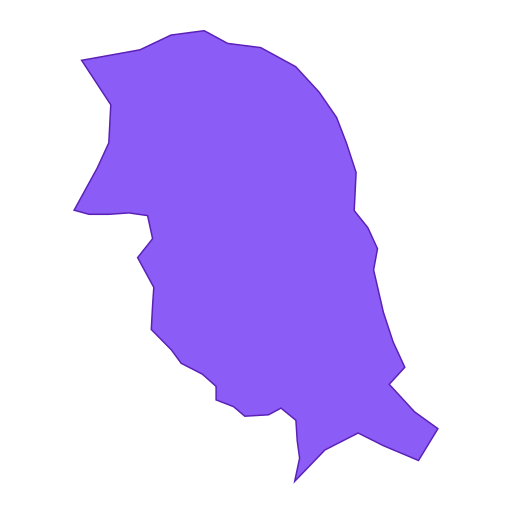 the district of Agia Marina Skyllouras, Cyprus
{"feature_id": "46923920B60275250769381", "entity_name": "Agia Marina Skyllouras", "entity_type": "district", "adm_level": 2, "iso_a3": "CYP", "parent_name": "Cyprus", "parent_adm1": "", "projection": "equal_earth", "projection_center": [33.126, 35.224], "detail": "fine", "context": "isolated", "style": "filled", "palette": "violet", "viewbox_px": 512, "rotation_deg": 0, "n_neighbors": 0, "source": "geoboundaries", "source_scale": "gbopen_adm2", "svg_char_len": 756}
<svg xmlns="http://www.w3.org/2000/svg" viewBox="0 0 512 512"><path d="M137.6,257.6L153.8,287.4L152.6,305.1L151.3,329.5L171.3,349.8L181.2,363.3L202.4,374.2L216.1,386.4L216.1,399.9L233.6,406.7L244.8,416.2L268.5,414.8L281.0,408.1L295.9,420.3L297.2,440.6L299.6,458.2L294.7,481.3L325.0,449.9L358.1,433.0L383.4,445.7L418.5,460.5L428.0,444.9L437.9,428.7L414.5,411.8L389.2,384.3L404.8,367.3L393.1,341.9L383.4,312.3L373.6,269.9L377.5,248.7L367.8,227.6L354.2,210.6L356.1,172.5L346.4,142.9L336.6,117.5L319.1,92.1L295.7,66.7L260.7,47.6L227.6,43.4L204.2,30.7L171.1,35.0L140.0,49.8L81.6,60.3L110.8,104.8L108.8,142.9L97.1,168.3L74.1,210.2L89.0,214.3L109.0,214.3L128.9,212.9L147.6,215.6L152.6,238.7L137.6,257.6Z" fill="#8b5cf6" stroke="#5b21b6" stroke-width="1.5"/></svg>